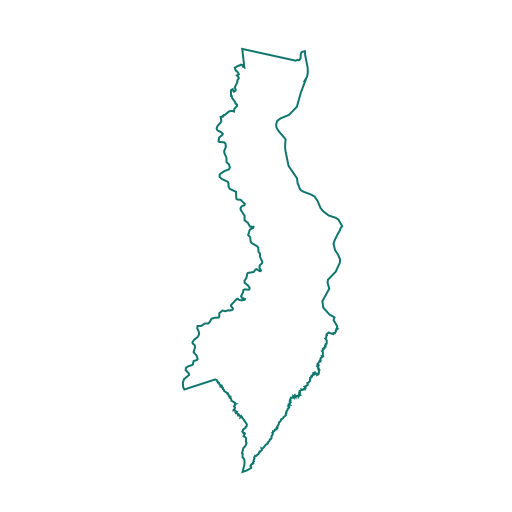 Shushufindi, Sucumbios, Ecuador, rotated 252°
{"feature_id": "8360857B16712310561849", "entity_name": "Shushufindi", "entity_type": "district", "adm_level": 2, "iso_a3": "ECU", "parent_name": "Ecuador", "parent_adm1": "Sucumbios", "projection": "orthographic", "projection_center": [-76.553, -0.288], "detail": "fine", "context": "isolated", "style": "outline", "palette": "teal", "viewbox_px": 512, "rotation_deg": 252, "n_neighbors": 0, "source": "geoboundaries", "source_scale": "gbopen_adm2", "svg_char_len": 6087}
<svg xmlns="http://www.w3.org/2000/svg" viewBox="0 0 512 512"><g transform="rotate(252 256 256)"><path d="M457.2,306.9L438.9,303.2L440.3,302.0L441.8,302.0L442.5,301.3L442.7,300.5L442.1,299.2L442.5,298.3L441.6,294.0L438.6,294.0L438.0,294.7L435.1,295.8L434.1,295.8L433.6,293.6L431.3,294.7L430.2,294.5L428.9,292.6L427.0,291.9L423.6,288.5L422.4,287.9L420.3,288.1L419.6,287.7L419.1,285.8L420.4,285.6L420.8,284.9L421.8,285.2L421.5,283.6L420.8,283.1L416.0,281.8L415.9,282.3L413.4,282.2L408.5,283.8L407.4,283.5L405.9,284.7L404.5,284.3L402.7,280.9L400.2,279.7L401.2,278.5L401.9,275.4L399.7,269.5L400.0,268.8L399.0,268.0L399.4,267.5L398.9,266.8L399.1,265.3L394.9,264.7L393.5,263.2L391.8,259.9L389.8,258.1L388.5,257.9L387.1,258.4L384.9,260.7L382.6,262.2L381.7,261.7L380.1,257.6L376.6,255.8L375.8,256.4L373.9,260.9L372.2,261.7L369.0,261.0L365.9,258.3L363.6,257.7L358.7,258.3L354.3,257.0L351.4,258.6L348.4,258.5L347.0,257.4L346.7,256.3L346.6,252.5L345.2,247.4L344.4,246.5L342.6,245.8L340.0,247.1L335.3,252.1L333.0,252.2L330.7,251.3L328.0,251.8L323.2,256.8L316.5,255.0L315.3,255.9L314.4,258.6L309.1,261.4L307.9,260.8L307.8,258.2L307.0,256.7L305.9,255.9L304.3,255.8L297.8,257.6L293.5,256.1L290.2,258.5L285.8,259.4L284.6,262.6L283.6,262.1L283.2,259.0L282.7,258.1L278.4,255.0L275.7,256.3L271.6,255.4L269.9,255.7L264.6,260.3L263.2,260.7L259.4,259.7L256.7,260.5L254.3,259.6L248.4,260.2L247.4,259.6L245.9,256.6L245.0,256.1L243.4,255.7L240.8,256.3L240.2,255.6L240.6,254.7L243.4,252.4L243.3,251.5L241.5,248.8L242.4,243.0L242.0,242.3L238.1,240.1L236.0,237.4L234.1,236.9L230.4,239.3L227.7,240.1L226.7,239.7L226.1,238.7L227.7,235.2L227.6,233.5L225.5,232.5L222.4,229.4L220.4,229.7L218.5,232.2L217.8,231.7L218.4,228.1L220.1,225.7L221.0,225.4L221.1,224.5L217.0,217.0L216.2,216.7L213.6,217.8L212.8,217.7L212.0,216.6L212.3,213.8L213.0,213.1L212.9,209.9L214.5,207.3L212.9,203.4L209.7,202.3L209.0,201.6L210.0,197.6L210.1,194.4L207.4,191.4L206.6,189.8L207.6,186.3L206.4,182.3L207.5,178.8L205.6,177.8L200.6,178.2L198.9,177.5L197.0,175.5L195.4,171.1L193.4,168.8L192.3,168.8L190.2,170.1L188.1,169.9L183.9,166.9L179.8,168.7L176.1,168.7L175.4,167.8L175.3,164.1L172.4,162.5L172.1,161.7L172.0,157.2L171.4,154.9L169.2,153.8L165.2,155.8L163.5,155.5L161.1,149.5L158.0,147.2L153.7,146.2L151.2,146.6L151.2,179.1L150.1,180.3L149.3,180.2L148.4,180.9L147.4,180.5L146.5,181.7L145.3,181.5L144.4,182.2L143.4,182.0L143.4,182.6L142.7,182.1L142.4,183.4L141.6,183.0L140.8,183.8L139.8,183.4L138.5,184.2L137.4,184.0L134.1,186.7L133.7,186.2L132.6,187.0L131.1,186.8L130.5,187.8L129.8,187.4L129.7,188.1L128.8,187.7L127.8,188.2L126.0,187.9L122.9,190.7L122.0,190.2L121.6,190.9L121.5,190.1L120.5,189.8L119.9,188.6L118.3,189.1L117.0,188.4L116.8,187.3L116.2,186.9L116.1,187.7L114.4,189.0L114.0,188.6L113.8,189.2L113.4,188.4L112.7,188.3L112.5,189.2L111.0,190.4L110.6,189.7L110.0,189.7L110.1,190.7L109.1,190.9L108.7,192.0L107.7,191.5L108.0,192.2L107.2,192.1L107.2,192.8L98.7,195.3L96.8,194.3L96.6,193.2L95.8,192.9L94.9,189.9L93.7,189.5L93.2,188.7L91.3,189.3L91.3,190.3L90.6,190.6L88.4,188.5L86.9,189.9L85.7,190.2L82.4,189.0L81.0,189.2L78.4,187.0L77.3,184.6L72.7,181.8L72.1,182.2L68.6,181.0L67.0,181.8L64.8,181.8L61.5,180.7L54.8,176.5L54.9,181.1L55.9,185.8L56.5,186.2L58.0,185.8L59.4,187.4L59.5,189.3L60.6,189.4L61.2,190.5L61.9,190.3L64.2,192.1L64.9,191.9L66.3,193.5L65.8,194.5L66.8,196.2L66.7,197.0L69.0,199.0L68.6,199.6L69.7,201.6L71.2,201.8L70.8,202.1L71.2,203.7L73.4,206.8L74.0,209.1L74.3,209.5L74.9,209.4L76.1,211.8L77.3,212.5L77.4,213.7L78.2,214.6L79.5,214.9L81.6,217.1L82.7,217.0L82.6,217.4L83.9,218.0L83.6,218.3L84.0,219.6L85.0,220.3L84.8,221.9L85.4,222.0L85.6,222.8L86.2,222.6L86.6,223.5L87.0,223.3L88.9,225.6L90.6,226.4L91.5,228.5L92.8,229.3L93.2,231.4L94.2,232.5L95.3,235.2L96.3,235.4L97.2,236.4L97.6,236.1L98.5,236.6L99.6,238.2L100.5,238.6L101.5,240.6L102.1,240.4L102.6,241.0L103.3,240.4L103.4,241.1L104.5,241.2L104.3,241.7L104.7,241.4L105.1,241.9L104.7,242.3L106.1,243.4L106.5,243.2L106.5,243.8L108.1,243.6L108.3,244.1L109.1,243.4L108.8,244.1L110.5,245.4L109.9,247.2L110.7,247.7L110.1,248.0L111.3,248.2L110.7,248.7L111.0,249.1L110.5,249.0L111.0,249.6L110.3,249.5L110.8,250.1L109.7,250.3L110.4,250.7L110.2,251.6L109.5,252.5L109.7,253.1L109.2,253.0L109.7,253.6L110.1,253.4L110.1,254.2L110.5,253.7L111.6,254.4L111.5,255.3L112.8,255.0L113.0,255.8L114.0,255.7L114.6,257.9L115.0,258.0L114.3,258.8L114.3,260.4L114.7,260.0L114.4,260.6L114.9,260.5L115.2,262.2L115.6,262.0L116.3,262.8L116.8,262.2L117.4,265.4L119.5,265.7L119.4,266.9L120.5,268.7L122.2,269.2L122.5,269.9L123.3,269.8L124.0,271.0L123.8,271.5L124.9,271.8L124.6,272.5L126.0,273.7L125.4,274.2L126.2,274.8L127.0,274.6L127.1,276.0L125.6,275.8L125.8,276.9L125.2,277.7L124.7,277.9L124.0,277.5L124.2,278.9L126.3,280.2L129.2,280.3L128.8,281.0L131.5,280.6L131.9,281.1L132.2,280.4L132.8,281.4L133.2,280.7L134.1,281.1L133.9,281.7L134.6,281.8L135.9,283.6L135.8,284.3L136.5,284.1L136.8,285.2L137.6,285.1L138.2,285.9L138.9,285.9L139.7,288.6L140.4,288.2L140.3,288.6L143.7,289.9L145.1,289.5L145.1,290.0L147.1,290.9L147.3,291.5L146.8,291.8L147.7,292.6L147.5,292.9L149.1,293.7L148.6,294.3L150.7,295.1L150.8,296.1L153.9,297.2L156.1,296.4L156.5,297.4L158.9,298.5L158.8,299.0L159.8,299.1L160.8,301.5L158.4,304.4L158.6,305.1L158.0,305.5L158.6,306.2L158.1,307.0L159.9,308.9L160.5,308.9L161.4,310.8L161.8,310.0L163.0,311.2L164.6,311.4L171.0,310.0L173.4,311.7L177.6,307.8L186.2,304.0L192.6,305.2L202.3,315.6L208.5,315.8L211.2,317.1L216.4,326.9L223.7,333.7L226.6,334.9L232.2,334.4L237.2,333.0L243.6,333.5L246.6,335.6L251.0,339.9L254.4,343.6L256.4,345.1L257.7,347.2L265.3,345.6L267.7,343.6L272.1,337.6L278.2,333.5L281.6,332.2L289.2,331.6L294.4,330.1L297.7,327.1L302.2,321.3L304.6,319.1L306.1,318.4L309.9,318.4L311.8,318.0L317.3,319.0L331.6,314.8L346.8,316.5L350.9,317.4L358.0,320.2L367.8,316.1L371.6,315.2L374.5,315.6L377.8,317.7L379.3,321.9L380.0,331.0L385.3,341.0L397.5,349.1L407.6,357.2L407.7,356.5L410.5,359.8L414.0,361.8L418.9,363.3L431.6,364.8L435.7,365.8L435.8,362.3L433.7,360.7L430.6,359.7L429.1,358.2L428.9,357.1L429.7,356.1L429.5,354.1L457.2,306.9Z" fill="none" stroke="#0f766e" stroke-width="2"/></g></svg>